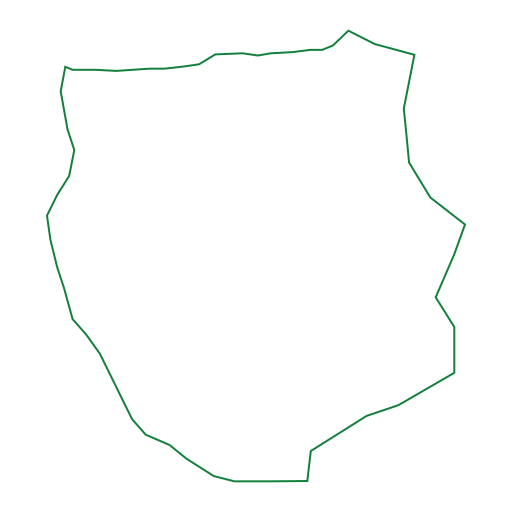 outline of Goufes, Cyprus
{"feature_id": "46923920B80700863058224", "entity_name": "Goufes", "entity_type": "district", "adm_level": 2, "iso_a3": "CYP", "parent_name": "Cyprus", "parent_adm1": "", "projection": "natural_earth1", "projection_center": [33.693, 35.284], "detail": "fine", "context": "isolated", "style": "outline", "palette": "green", "viewbox_px": 512, "rotation_deg": 0, "n_neighbors": 0, "source": "geoboundaries", "source_scale": "gbopen_adm2", "svg_char_len": 750}
<svg xmlns="http://www.w3.org/2000/svg" viewBox="0 0 512 512"><path d="M414.4,54.8L374.6,44.0L348.4,30.7L332.9,45.5L322.1,49.9L310.1,49.9L292.7,52.1L270.9,53.3L257.8,55.5L242.6,53.3L215.3,54.4L199.0,64.3L183.8,66.5L164.2,68.7L148.9,68.7L132.6,69.8L116.3,70.9L95.6,69.8L72.7,69.8L65.3,66.8L60.7,91.4L67.5,129.3L74.3,150.0L69.2,175.9L57.2,194.9L47.0,215.6L50.4,239.7L57.2,267.3L64.0,288.0L72.6,319.1L86.2,334.6L99.8,353.6L110.0,374.3L121.9,398.5L132.1,419.2L145.7,434.7L169.5,445.0L186.6,458.8L213.8,476.1L234.2,481.3L273.3,481.3L307.3,481.0L310.8,451.0L366.6,415.9L398.5,405.1L454.3,372.8L454.3,327.0L435.7,297.3L454.3,254.2L465.0,224.5L430.4,197.6L409.1,162.6L406.5,135.6L403.8,108.6L414.4,54.8Z" fill="none" stroke="#15803d" stroke-width="2"/></svg>